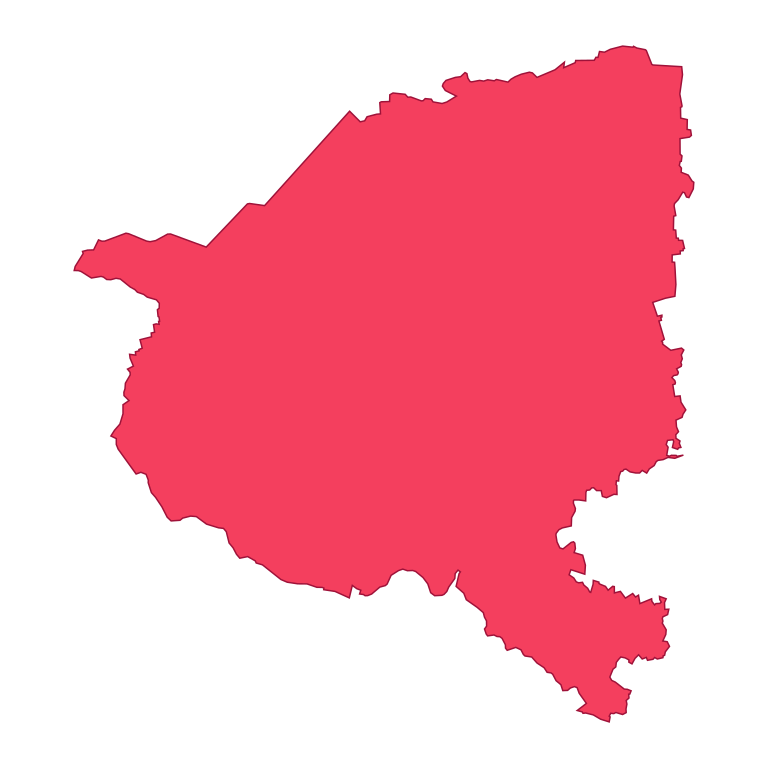 outline of Kamphaeng Saen, Nakhon Pathom, Thailand
{"feature_id": "78962969B43600693402373", "entity_name": "Kamphaeng Saen", "entity_type": "district", "adm_level": 2, "iso_a3": "THA", "parent_name": "Thailand", "parent_adm1": "Nakhon Pathom", "projection": "albers", "projection_center": [99.979, 14.019], "detail": "fine", "context": "isolated", "style": "filled", "palette": "rose", "viewbox_px": 768, "rotation_deg": 0, "n_neighbors": 0, "source": "geoboundaries", "source_scale": "gbopen_adm2", "svg_char_len": 6069}
<svg xmlns="http://www.w3.org/2000/svg" viewBox="0 0 768 768"><path d="M349.3,597.9L352.3,585.4L356.8,588.7L360.8,590.2L359.6,594.0L363.4,594.5L365.1,595.7L367.7,595.6L371.7,594.0L379.8,587.1L385.3,585.6L387.1,584.1L391.1,575.3L398.5,570.6L402.8,569.1L407.4,570.7L412.8,570.5L415.7,571.5L423.0,577.5L427.8,583.9L430.7,592.7L434.7,595.7L441.9,595.3L444.0,594.4L446.8,591.5L448.7,587.1L454.8,578.5L455.2,573.6L458.0,570.1L460.4,571.9L459.1,573.6L456.1,586.4L463.8,593.2L466.3,599.7L477.1,607.3L483.3,612.6L484.5,617.2L486.5,620.9L486.6,626.1L484.5,629.0L486.2,634.0L487.6,635.9L494.0,635.0L497.0,636.5L499.9,636.7L502.1,638.4L505.4,644.8L505.5,648.1L507.2,650.3L515.8,647.4L521.0,649.8L523.4,654.5L525.0,656.0L531.7,657.0L537.0,663.0L544.1,667.7L547.1,672.3L551.0,672.9L552.7,674.2L556.1,680.7L560.9,684.7L562.8,690.6L567.6,690.4L570.4,688.0L574.4,686.6L577.1,687.6L579.2,693.3L586.4,703.4L577.2,710.5L582.2,711.9L583.0,713.3L585.7,713.0L593.3,714.9L600.6,719.2L609.2,721.9L610.1,716.9L609.2,716.2L610.7,713.3L613.8,713.6L615.9,712.5L622.6,714.5L626.2,712.6L626.0,709.0L626.9,704.1L626.2,700.5L629.0,698.0L628.7,694.2L629.8,694.1L631.1,690.8L627.3,689.3L624.3,689.1L615.3,682.1L611.7,680.4L609.8,677.1L613.0,669.2L615.8,666.9L616.3,662.4L618.5,659.5L620.8,657.0L625.2,657.9L628.9,659.9L628.9,662.2L632.0,663.9L635.0,658.4L638.6,654.8L642.2,659.0L646.3,657.4L647.5,660.3L653.0,659.3L654.7,657.5L657.3,659.0L662.9,657.7L663.2,655.8L664.6,655.3L665.3,651.9L669.5,646.4L667.2,641.7L662.8,641.0L665.8,634.5L666.2,629.8L662.3,623.2L662.9,621.1L662.3,618.5L662.9,616.8L667.6,614.6L668.8,609.2L664.8,609.4L664.5,602.6L666.2,598.8L659.5,596.4L659.8,599.7L661.3,602.1L659.8,603.4L655.9,603.6L654.6,604.9L651.9,601.4L651.6,598.8L639.9,603.6L638.5,595.2L635.5,597.0L632.7,593.5L625.4,598.1L620.4,591.4L614.4,592.9L614.3,586.6L612.7,586.3L608.1,590.2L605.5,586.4L600.1,584.2L599.0,583.5L598.9,582.1L593.3,580.4L593.1,584.2L590.7,592.4L589.7,592.0L587.7,588.3L583.8,585.0L582.5,582.3L578.7,582.8L576.3,581.9L573.8,578.0L569.1,574.8L570.9,569.7L584.8,574.2L585.4,565.2L582.7,555.2L574.1,552.6L575.4,548.6L574.8,543.1L573.5,541.8L571.2,542.4L563.0,548.9L559.8,547.9L557.0,541.9L555.9,534.9L556.2,533.3L558.9,529.7L562.4,527.9L571.3,525.9L571.6,517.6L575.1,511.2L575.4,508.5L573.4,503.2L573.5,500.6L574.1,500.0L579.0,500.0L585.7,500.9L585.9,492.4L586.6,490.3L589.7,490.0L591.7,487.9L593.6,487.7L596.6,490.6L601.2,490.6L602.4,496.4L606.5,497.7L613.9,494.3L617.0,494.5L616.8,485.4L616.0,484.6L616.4,480.8L618.6,481.0L619.0,476.2L620.7,471.6L622.7,471.1L624.0,469.5L626.0,469.1L630.1,471.9L635.8,473.0L639.6,473.0L642.2,470.4L646.7,473.1L649.3,468.9L654.2,465.5L656.2,461.7L657.9,460.4L663.2,459.6L668.0,457.4L674.8,458.3L683.4,455.1L677.1,456.3L676.2,455.4L671.4,455.3L669.4,456.2L666.7,455.3L668.1,447.2L666.2,444.6L667.5,440.4L673.0,439.7L673.7,441.6L672.4,447.5L677.7,449.3L678.5,447.9L680.9,447.4L679.3,443.3L680.0,441.0L676.0,438.3L675.8,434.7L678.5,431.7L676.5,426.9L676.0,420.1L682.1,417.3L683.0,414.2L685.8,409.9L681.0,402.2L680.1,395.9L674.7,396.5L672.8,384.7L675.1,384.0L675.4,382.6L674.8,380.6L671.9,377.6L673.6,375.6L677.1,374.9L678.0,373.8L678.3,372.2L676.6,368.8L681.2,366.3L681.6,364.7L680.8,362.5L682.3,358.8L681.3,354.9L683.8,350.0L681.5,348.1L670.8,350.3L662.7,344.2L662.6,342.3L661.6,341.2L664.3,339.3L658.9,321.0L661.4,320.3L660.8,317.4L661.9,317.0L661.9,315.2L657.4,316.2L652.7,302.4L665.5,298.2L674.9,296.3L675.9,284.6L675.0,267.9L674.6,262.3L672.1,262.0L672.2,254.9L680.3,253.9L680.2,251.0L683.2,250.6L683.1,248.9L684.5,248.5L682.6,240.4L678.6,240.3L678.3,238.2L676.3,238.1L675.7,230.1L673.4,229.8L673.7,216.2L675.8,215.6L674.1,206.0L674.5,203.6L678.2,199.7L682.7,192.2L684.5,192.7L686.5,197.0L688.9,197.6L693.3,188.9L693.8,182.3L692.0,181.0L688.3,175.1L681.2,172.3L681.4,168.1L679.3,165.4L680.2,161.5L681.3,161.3L682.0,155.9L680.1,154.1L680.0,138.6L689.5,137.1L691.4,135.4L690.6,130.0L687.1,129.4L687.3,119.6L680.7,118.1L680.5,107.4L681.9,106.7L682.0,105.7L679.8,94.0L682.5,74.7L681.7,66.7L653.0,65.0L651.8,64.4L646.3,50.5L645.3,49.7L636.8,48.0L633.5,46.3L633.0,47.2L622.6,46.1L610.3,49.3L604.5,52.2L599.5,51.5L598.0,57.4L595.9,57.3L594.3,60.3L575.7,60.5L575.2,62.7L563.7,67.7L564.4,62.2L555.0,69.8L537.0,77.4L532.4,72.9L529.4,72.2L521.3,74.2L515.1,76.8L511.0,79.2L508.0,82.1L496.4,79.5L494.3,80.8L487.7,79.8L483.7,81.1L479.6,80.4L471.6,81.9L470.0,81.5L467.9,78.2L466.9,73.6L465.0,72.6L460.6,76.7L455.3,77.4L446.0,80.4L443.3,83.5L442.4,86.1L445.3,90.5L456.4,96.1L446.8,102.0L442.1,103.5L433.0,101.9L431.3,99.2L425.2,98.6L423.1,100.7L421.4,100.9L410.8,97.0L407.8,97.2L405.2,94.3L393.0,93.0L389.8,94.8L389.6,101.5L381.2,101.8L379.8,102.6L380.5,113.9L376.7,114.2L367.1,116.7L364.7,120.8L360.2,121.8L349.6,111.2L264.6,205.6L249.6,203.5L247.4,203.9L206.2,247.1L170.6,234.0L167.6,234.1L155.7,240.6L150.1,241.7L146.6,241.1L128.6,233.7L125.9,233.2L104.8,241.1L101.9,241.2L98.5,239.9L93.6,249.9L87.6,250.1L82.5,251.4L83.2,253.5L75.2,266.4L74.2,270.5L78.4,270.6L81.1,271.5L91.4,278.0L101.1,276.4L103.5,277.1L106.7,279.5L110.8,279.7L116.0,278.3L120.3,279.0L130.2,287.0L134.9,289.6L137.4,292.2L143.7,294.4L147.2,297.1L156.4,299.8L159.3,303.3L159.2,308.2L157.4,309.7L158.1,316.5L159.0,317.0L159.6,321.2L158.6,321.4L159.1,324.3L156.1,323.9L153.5,324.6L154.6,332.2L151.2,333.0L151.5,336.8L140.0,339.7L142.2,348.2L138.9,349.5L139.1,350.8L135.4,351.8L135.7,355.1L129.6,354.3L130.1,358.2L133.4,366.1L127.5,369.1L130.1,372.3L130.2,374.9L125.4,383.2L125.0,388.8L123.9,392.2L124.0,395.6L129.0,400.6L123.0,404.7L123.0,413.8L119.9,424.1L114.5,430.3L110.9,436.0L116.3,438.6L116.3,444.5L118.2,449.2L136.1,474.0L140.9,472.3L146.1,474.3L148.3,480.1L148.2,482.7L151.4,492.6L155.6,497.4L161.9,506.8L167.2,517.2L171.1,520.9L180.0,520.3L182.7,518.1L190.6,516.1L196.4,516.6L206.5,524.1L218.5,527.8L223.5,528.4L226.3,531.7L229.1,543.0L233.1,547.8L236.5,554.3L239.8,558.2L247.7,556.6L255.3,560.9L256.2,563.0L262.4,564.8L280.9,579.5L287.2,582.2L297.7,583.8L307.0,583.9L316.9,587.3L322.2,587.4L323.9,588.1L323.7,589.7L335.0,591.4L349.3,597.9Z" fill="#f43f5e" stroke="#9f1239" stroke-width="1.5"/></svg>